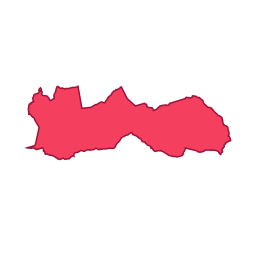 the district of Opatoro, La Paz, Honduras, rotated 109°
{"feature_id": "27666195B51886309725377", "entity_name": "Opatoro", "entity_type": "district", "adm_level": 2, "iso_a3": "HND", "parent_name": "Honduras", "parent_adm1": "La Paz", "projection": "mercator", "projection_center": [-87.876, 14.039], "detail": "fine", "context": "isolated", "style": "filled", "palette": "rose", "viewbox_px": 256, "rotation_deg": 109, "n_neighbors": 0, "source": "geoboundaries", "source_scale": "gbopen_adm2", "svg_char_len": 5842}
<svg xmlns="http://www.w3.org/2000/svg" viewBox="0 0 256 256"><g transform="rotate(109 128 128)"><path d="M80.9,62.5L80.3,64.1L79.9,64.6L79.3,65.1L78.1,65.8L77.4,66.5L77.1,68.0L75.9,70.6L76.0,70.9L76.2,71.1L76.4,71.4L76.4,72.1L75.9,74.3L76.0,75.0L76.5,75.8L76.2,76.5L76.4,77.2L76.6,77.4L76.9,77.6L77.7,77.4L78.1,77.4L79.1,78.2L79.3,78.8L79.3,79.8L79.8,81.4L79.9,82.6L80.2,83.1L80.8,83.4L81.5,83.4L91.3,96.8L92.8,96.9L93.3,97.3L93.7,98.1L93.8,99.5L94.3,100.6L95.7,103.3L96.2,103.9L96.7,104.9L98.1,105.6L99.1,106.3L100.1,106.6L101.2,107.2L102.2,108.5L102.8,109.0L103.2,109.7L101.8,110.6L101.1,111.8L101.3,113.2L101.7,114.0L101.7,114.9L101.9,115.4L101.9,115.9L101.7,116.5L101.7,117.1L101.6,117.3L100.1,117.7L99.7,118.2L99.5,118.4L99.8,119.6L99.7,120.0L99.6,120.3L99.3,120.5L104.8,128.2L100.5,138.3L91.3,147.7L92.1,148.4L93.0,148.7L93.3,149.1L93.7,149.2L94.7,150.3L95.4,150.7L95.5,151.5L95.6,151.8L97.0,152.4L97.4,153.0L98.0,153.6L99.0,153.9L99.6,154.4L100.6,154.4L102.5,154.8L102.9,155.2L104.5,156.1L105.1,156.6L105.6,156.3L105.9,156.5L106.0,156.8L107.2,157.1L108.5,157.2L109.2,157.7L110.3,158.0L111.4,157.9L111.6,158.0L111.8,158.2L111.9,158.7L112.0,161.3L112.4,162.1L112.7,162.5L113.0,162.7L115.0,164.5L116.1,165.0L116.2,165.7L116.3,166.2L117.4,167.1L118.3,168.0L120.0,169.2L120.6,169.9L124.4,178.0L104.8,188.9L106.1,190.1L106.6,190.7L107.0,191.7L107.5,193.3L110.2,197.4L110.4,197.8L110.6,199.0L110.8,199.5L111.1,199.9L111.8,200.6L111.7,201.3L111.7,202.3L111.5,203.3L111.6,203.5L112.2,203.9L112.5,204.8L112.3,205.4L111.9,206.2L111.7,207.1L111.6,207.7L111.8,208.5L114.3,208.6L117.8,208.3L118.7,208.4L120.1,208.7L120.9,208.7L122.4,208.3L124.0,207.3L127.5,210.4L126.5,211.7L125.6,212.4L124.2,214.9L124.3,216.2L124.8,217.7L124.9,218.9L124.8,219.7L124.5,220.3L124.3,220.5L124.0,220.7L122.0,220.8L121.7,221.1L121.3,222.0L120.9,222.2L119.9,222.4L119.1,223.1L118.5,223.9L119.8,224.5L121.2,224.7L121.4,224.6L121.6,224.3L121.4,223.3L121.8,223.2L122.2,223.3L123.0,223.9L124.9,224.7L126.4,227.2L126.8,227.5L127.5,227.6L129.0,227.6L130.1,227.7L131.2,227.7L132.2,226.9L133.2,226.5L133.5,225.9L133.8,225.7L133.9,225.9L133.9,226.3L134.2,226.7L135.3,227.2L135.5,227.8L136.1,228.1L136.5,228.0L136.8,227.8L137.0,227.9L137.2,228.1L137.2,228.7L137.3,228.9L138.0,228.9L139.1,229.2L139.3,229.1L139.9,228.7L140.9,228.7L142.1,228.5L143.3,228.1L144.6,227.2L144.8,227.2L145.0,227.3L145.5,226.8L145.7,226.5L146.6,226.4L147.1,226.5L147.4,226.3L147.0,225.7L146.9,225.3L147.4,224.1L148.8,221.7L148.7,220.7L149.5,219.7L150.6,218.9L156.3,212.2L172.4,210.3L174.5,210.3L175.0,210.6L175.4,211.1L177.9,214.4L178.8,215.9L179.6,217.0L179.5,215.7L178.7,213.4L178.6,212.7L178.4,212.3L177.8,211.6L177.6,211.0L177.8,209.5L178.3,207.9L174.6,202.1L175.3,201.3L176.0,200.8L177.0,200.6L177.3,200.5L177.4,200.3L177.4,199.3L177.5,199.0L178.6,198.5L179.7,197.6L179.3,196.8L179.1,196.6L179.0,196.2L179.0,195.5L179.2,193.2L178.9,192.0L178.6,191.3L178.8,190.3L178.6,189.3L179.1,188.1L179.1,187.4L179.5,186.4L179.4,186.0L179.3,185.6L179.9,184.9L180.1,184.6L180.1,184.1L179.9,183.3L180.0,182.4L179.7,181.7L178.6,180.5L177.9,179.8L177.6,179.4L177.6,178.9L178.1,178.0L178.2,177.6L177.4,176.6L177.4,175.8L176.7,175.1L176.4,173.7L176.1,173.5L175.2,173.1L173.4,172.2L172.5,171.1L172.1,170.4L172.2,169.9L171.3,170.4L170.6,170.6L169.8,170.6L169.0,170.3L168.3,169.4L167.4,167.8L166.5,166.7L165.0,165.6L164.7,165.2L164.5,164.9L164.4,164.0L164.5,162.7L164.3,161.8L164.0,161.4L163.3,160.9L162.5,160.2L162.2,159.8L161.6,158.6L161.4,157.0L161.1,156.1L160.4,155.3L160.0,154.1L159.8,153.7L158.9,152.7L157.9,152.0L157.6,151.7L157.5,151.0L157.9,149.4L158.0,148.6L157.9,148.1L157.7,147.6L157.1,147.5L156.8,147.1L156.7,146.7L156.8,146.0L156.2,145.4L155.3,143.3L155.0,142.0L154.2,140.9L154.1,140.4L153.1,138.9L152.8,137.5L152.0,135.2L151.6,134.7L151.4,134.5L150.4,134.0L148.0,133.8L145.8,133.2L144.2,132.2L142.2,131.6L140.3,131.3L138.8,130.7L137.6,129.4L135.5,127.4L134.5,125.8L132.9,124.8L131.9,124.0L131.3,123.4L131.2,123.2L131.1,122.9L131.2,122.6L132.2,121.9L132.6,121.1L132.8,119.2L132.7,118.1L133.1,116.5L133.0,115.7L133.5,115.4L133.8,115.0L134.2,113.4L134.2,111.9L134.8,111.6L135.4,110.8L136.0,110.3L136.2,110.1L135.9,107.5L136.3,106.9L136.9,106.3L137.0,105.4L137.8,104.0L137.9,103.1L137.7,101.8L137.8,100.9L138.2,100.4L139.2,100.2L139.5,100.0L139.6,99.7L139.3,98.9L139.3,98.4L140.0,97.7L140.8,96.5L141.3,95.0L141.3,94.7L141.1,94.3L139.6,92.1L139.4,91.4L139.2,90.1L138.5,89.6L138.5,89.4L139.0,88.6L138.9,87.2L139.2,86.2L139.2,85.5L139.7,84.3L139.9,82.5L140.4,81.4L140.6,80.6L140.3,78.1L140.4,76.5L140.2,75.8L139.6,74.3L139.6,73.1L139.4,72.1L137.7,69.7L137.2,68.8L136.8,68.4L136.5,68.3L136.3,67.8L136.2,67.6L135.4,67.3L135.0,67.3L134.2,67.6L133.9,67.7L131.1,67.1L128.8,67.1L128.2,67.2L127.2,55.9L127.2,55.3L127.6,54.6L127.7,54.2L127.7,53.3L127.5,52.5L127.0,51.1L126.4,50.2L124.7,48.2L123.5,47.4L120.6,38.0L120.7,35.4L120.8,34.9L121.0,34.5L121.7,34.2L122.1,33.6L122.5,32.9L122.6,32.3L122.8,32.0L122.9,31.7L122.7,31.6L122.2,31.9L121.3,31.8L120.6,31.3L120.0,31.2L119.9,30.8L119.7,30.8L118.9,31.2L118.6,31.8L117.3,32.1L116.9,32.0L116.6,31.6L115.8,31.7L115.6,31.6L115.5,31.3L114.7,31.2L114.2,30.9L113.8,31.0L113.2,31.5L112.8,31.6L111.4,31.0L111.3,30.7L110.4,30.7L110.2,30.4L109.7,30.3L108.3,28.9L107.7,28.5L106.6,26.8L105.4,27.4L103.4,29.1L103.1,29.6L103.0,30.6L102.9,30.8L101.8,30.3L100.5,30.5L98.5,31.6L97.2,32.8L95.7,33.4L94.8,33.9L94.6,34.3L94.2,35.5L93.9,37.3L94.0,38.4L93.9,38.7L93.6,38.9L93.3,38.8L93.1,39.3L92.8,39.5L92.3,39.8L91.5,40.4L90.1,40.9L90.0,41.0L90.0,41.3L89.8,41.5L88.9,41.7L87.4,42.8L87.4,43.2L86.9,44.4L86.7,46.2L86.8,46.7L86.8,47.1L85.8,48.2L85.7,49.5L85.4,49.8L84.9,50.5L84.7,51.4L84.2,52.3L83.7,52.8L83.6,53.1L83.3,53.5L83.4,53.9L82.9,54.2L82.4,55.1L82.0,55.4L82.3,57.0L81.9,57.5L82.2,58.1L82.4,59.2L81.3,61.7L81.3,62.4L80.9,62.5Z" fill="#f43f5e" stroke="#9f1239" stroke-width="1.5"/></g></svg>